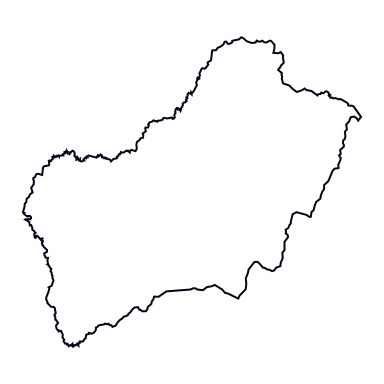 the district of Curumaní, Cesar, Colombia
{"feature_id": "7082276B94072212482436", "entity_name": "Curumaní", "entity_type": "district", "adm_level": 2, "iso_a3": "COL", "parent_name": "Colombia", "parent_adm1": "Cesar", "projection": "robinson", "projection_center": [-73.572, 9.24], "detail": "fine", "context": "isolated", "style": "outline", "palette": "ink", "viewbox_px": 384, "rotation_deg": 0, "n_neighbors": 0, "source": "geoboundaries", "source_scale": "gbopen_adm2", "svg_char_len": 5829}
<svg xmlns="http://www.w3.org/2000/svg" viewBox="0 0 384 384"><path d="M238.2,298.6L239.6,295.5L245.6,289.4L246.3,284.1L245.8,278.3L247.9,273.0L248.6,269.5L254.3,262.1L257.3,261.8L259.0,263.0L262.9,267.6L265.4,268.1L266.8,269.4L269.3,269.7L271.9,271.1L274.1,270.5L276.2,267.6L280.3,266.2L280.8,262.6L282.7,258.3L282.4,252.7L284.5,250.1L284.5,241.8L288.0,237.3L287.7,235.0L285.7,233.3L286.1,232.3L285.7,229.7L288.3,228.0L289.4,225.2L290.9,223.4L290.7,222.1L292.6,214.3L296.5,212.2L306.2,214.8L309.7,217.0L310.8,216.8L311.6,211.8L313.6,210.2L315.0,204.7L316.3,201.8L320.3,198.7L320.8,195.6L322.3,191.7L324.1,189.0L324.1,185.1L328.3,181.2L332.7,170.7L334.5,168.7L338.5,168.1L338.3,164.7L340.3,160.2L340.8,158.0L339.0,155.5L340.7,154.0L340.2,149.9L343.5,147.0L344.1,145.5L343.0,143.4L343.0,141.5L343.4,140.1L344.7,139.2L345.4,136.4L344.9,131.7L346.9,129.4L346.2,124.6L349.2,121.4L350.1,118.4L351.0,117.1L354.2,116.6L356.8,118.4L358.2,120.6L361.0,116.8L353.7,106.5L351.7,105.7L348.4,105.6L347.7,103.2L340.6,99.0L338.9,99.4L335.7,98.1L333.2,98.4L332.0,97.5L330.7,97.9L328.8,95.6L330.1,94.9L328.9,94.1L328.4,92.5L327.0,91.5L325.8,91.3L323.4,93.2L321.3,92.6L320.5,94.0L318.3,94.2L317.4,95.5L311.5,91.0L306.6,90.1L304.5,88.5L302.1,90.2L296.8,92.0L292.5,88.8L289.4,85.5L283.0,83.4L281.8,78.6L282.2,76.6L281.5,74.7L281.9,73.1L278.2,70.0L278.6,68.8L280.2,67.5L280.7,65.9L283.8,62.6L282.9,57.4L283.2,55.5L280.8,52.1L278.3,53.2L273.4,52.9L274.4,48.7L274.5,44.8L271.1,40.9L269.8,40.7L266.0,42.6L264.2,42.2L262.3,40.7L260.4,41.6L258.7,41.6L256.6,40.6L255.7,42.5L251.7,43.0L246.7,41.2L243.3,38.2L241.3,37.3L238.9,39.4L232.3,40.8L232.1,42.5L229.1,44.0L227.5,43.6L226.3,41.6L224.6,41.8L223.4,44.5L220.4,46.7L217.7,47.8L216.2,50.1L212.2,50.5L211.0,60.4L207.7,62.3L207.7,63.6L208.3,64.6L205.6,68.1L204.7,68.7L202.5,68.2L201.7,68.7L199.4,73.5L200.0,75.4L199.1,77.1L199.4,78.6L198.6,79.0L197.5,77.8L197.2,78.3L197.2,80.4L196.1,82.3L196.9,85.1L193.3,91.9L192.0,92.6L191.8,93.9L191.0,92.4L190.7,93.9L188.7,92.9L187.5,94.3L187.7,95.7L187.1,97.1L186.4,97.4L187.3,98.4L185.9,99.8L186.6,101.1L185.1,102.2L184.9,103.2L184.8,102.4L183.6,102.6L182.6,103.9L182.9,105.0L182.1,106.9L180.6,108.4L181.1,109.3L180.5,110.9L179.5,109.1L178.3,109.7L177.7,107.9L176.9,108.0L176.5,109.1L175.7,109.2L175.2,111.8L175.5,113.1L174.7,114.0L174.4,115.9L174.7,117.6L173.3,118.9L172.6,118.8L172.6,118.0L171.9,117.5L167.1,118.5L164.6,117.8L163.0,118.3L162.9,119.5L160.1,120.6L158.3,120.6L157.6,121.5L157.2,121.0L155.8,121.4L153.5,120.3L152.5,121.4L149.6,122.4L148.2,124.4L148.9,125.1L148.1,127.4L145.6,127.6L145.2,128.1L145.8,131.2L142.7,133.6L143.3,135.1L143.0,137.8L140.6,138.2L139.6,140.0L136.9,142.0L136.4,145.0L136.8,148.9L135.5,151.1L131.4,149.9L129.5,151.4L129.7,152.3L128.8,151.8L128.4,150.8L127.3,151.1L126.7,150.5L123.5,152.6L121.8,152.4L121.3,152.9L120.8,152.3L119.8,154.5L119.0,154.3L118.0,156.1L116.9,156.6L117.3,157.4L116.8,158.3L113.3,159.1L111.0,161.4L109.8,159.5L106.8,158.8L106.6,158.1L105.6,158.5L104.9,157.6L104.2,158.1L104.0,157.5L102.0,157.4L101.7,156.5L102.1,155.9L100.7,154.5L99.0,156.1L98.6,155.1L98.0,155.2L98.0,156.5L96.9,156.5L96.5,157.6L88.6,155.5L87.1,156.2L87.6,157.3L86.6,157.3L86.2,158.2L85.4,157.5L83.8,159.1L84.3,160.3L83.3,160.1L82.8,161.1L81.3,161.5L79.7,160.7L79.9,159.5L79.1,160.4L78.3,159.1L77.0,159.5L77.9,158.1L77.0,158.1L77.0,157.4L76.1,158.1L75.6,156.4L74.5,156.2L74.6,152.8L73.7,151.3L72.7,150.7L71.5,151.4L69.6,154.1L69.1,153.5L69.4,152.7L68.1,153.4L68.1,152.0L66.9,151.6L66.6,150.7L66.1,152.1L65.5,151.5L64.4,152.1L65.0,153.4L63.2,154.1L63.3,155.3L62.4,154.9L61.8,155.6L59.1,155.6L59.0,156.5L58.4,155.5L57.0,156.4L56.5,156.0L56.2,156.9L55.2,156.5L54.9,157.1L53.7,155.8L53.4,157.0L52.4,157.1L53.0,158.7L51.6,159.7L51.3,160.9L49.7,161.5L49.4,160.6L48.8,160.8L49.3,164.3L48.9,165.4L44.2,166.2L43.1,167.4L42.1,175.0L38.5,173.8L36.3,174.2L34.9,177.2L33.4,178.0L33.2,179.4L33.9,180.8L33.7,184.3L31.2,187.9L32.6,192.6L30.3,194.0L28.6,197.3L26.7,198.7L26.2,202.3L24.8,203.5L24.5,206.7L23.0,212.4L24.0,212.8L23.6,213.0L23.9,213.8L26.6,216.1L28.0,216.0L28.0,216.4L29.8,215.9L30.9,216.9L31.1,218.4L30.2,219.4L28.5,218.9L27.5,219.7L25.9,219.1L25.2,219.5L29.2,221.9L29.8,225.4L31.2,225.1L32.3,228.0L32.4,229.9L33.9,230.8L35.6,232.9L34.2,233.7L34.8,237.6L35.6,237.9L36.2,236.1L37.3,235.8L39.6,238.3L41.3,238.9L43.4,238.1L40.8,239.8L42.2,241.2L42.7,241.1L42.7,242.2L41.9,242.7L42.4,245.2L43.2,245.4L43.7,246.9L47.1,250.0L46.8,252.0L44.2,253.3L44.5,255.1L45.6,257.6L48.0,257.9L47.4,260.2L48.0,263.7L47.4,264.2L48.3,264.5L48.5,265.8L49.4,266.2L50.2,268.1L51.3,268.9L50.5,271.3L51.5,272.4L51.9,275.2L52.5,275.9L52.5,278.3L53.5,280.3L51.7,285.7L48.7,287.3L49.4,288.0L48.5,291.8L46.4,297.0L46.1,299.2L47.5,302.1L47.3,302.9L51.0,306.8L53.6,306.9L54.6,307.7L55.7,312.8L55.3,314.2L54.5,314.7L54.7,316.3L55.3,316.9L55.3,319.7L56.2,320.1L58.1,322.9L56.0,325.6L56.5,328.4L57.5,330.0L58.5,330.1L58.6,331.4L61.2,331.0L62.8,334.8L62.5,337.3L64.2,339.8L63.5,341.1L65.1,343.6L66.6,343.5L66.9,344.6L68.0,344.3L68.7,346.2L70.0,345.2L70.7,345.5L72.3,343.9L72.3,346.0L73.0,346.7L74.1,345.0L75.0,345.6L76.2,344.5L77.0,344.9L77.3,344.0L78.4,345.4L78.4,343.3L79.7,343.1L79.7,341.5L82.8,341.6L84.5,339.0L85.5,338.5L86.2,334.7L89.0,333.9L88.9,332.9L92.1,333.7L94.1,332.5L95.9,329.9L95.9,327.5L97.2,327.0L98.9,325.3L104.5,324.3L105.1,323.6L107.0,324.2L108.5,323.7L109.6,325.1L111.3,325.2L112.5,326.8L115.6,325.7L117.8,322.1L120.0,319.9L122.3,318.5L123.6,316.8L127.7,315.4L128.4,313.7L130.0,312.7L132.7,309.0L134.6,307.5L138.0,307.2L139.4,309.8L140.5,309.8L142.2,311.3L146.0,311.2L147.3,309.4L147.8,306.9L151.3,304.0L151.8,301.4L153.2,299.7L154.1,296.6L158.5,296.8L166.4,291.4L190.5,289.5L193.3,288.2L195.9,288.5L197.3,289.5L203.0,290.2L206.7,287.2L212.3,286.1L214.7,284.9L222.2,289.5L225.0,292.8L228.2,293.6L238.2,298.6Z" fill="none" stroke="#020617" stroke-width="2"/></svg>